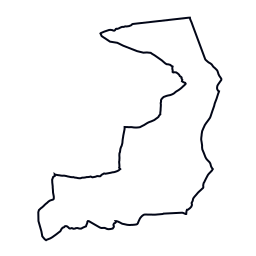 outline of Harf Sufyan, Amran, Yemen, rotated 85°
{"feature_id": "15242507B58979028300057", "entity_name": "Harf Sufyan", "entity_type": "district", "adm_level": 2, "iso_a3": "YEM", "parent_name": "Yemen", "parent_adm1": "Amran", "projection": "natural_earth1", "projection_center": [43.96, 16.372], "detail": "fine", "context": "isolated", "style": "outline", "palette": "ink", "viewbox_px": 256, "rotation_deg": 85, "n_neighbors": 0, "source": "geoboundaries", "source_scale": "gbopen_adm2", "svg_char_len": 5750}
<svg xmlns="http://www.w3.org/2000/svg" viewBox="0 0 256 256"><g transform="rotate(85 128 128)"><path d="M216.4,100.1L217.1,81.4L217.5,80.3L218.7,78.1L218.7,77.5L216.0,77.0L214.6,76.4L214.6,75.4L213.2,73.2L211.9,71.8L210.7,71.2L210.2,71.0L209.5,71.0L208.3,71.2L206.0,69.8L205.4,69.7L204.5,69.4L203.8,69.1L203.1,68.5L202.4,67.9L200.4,65.8L199.7,65.1L198.5,63.9L198.0,63.3L196.9,61.9L196.4,61.2L194.8,59.2L194.2,58.4L193.5,58.1L191.8,58.1L191.0,57.9L190.3,57.7L189.4,57.4L188.8,56.9L188.0,56.4L187.3,56.0L185.0,54.6L181.9,52.6L181.1,51.9L180.5,51.3L179.8,50.5L179.3,49.9L177.6,48.0L177.1,47.7L176.3,47.1L175.1,47.9L173.7,48.5L172.9,48.7L171.0,49.0L170.4,49.2L169.7,49.5L169.3,49.7L168.4,50.4L167.2,51.4L166.3,52.1L165.4,52.7L163.8,53.4L159.3,54.7L156.2,55.7L156.0,55.8L153.8,55.9L151.8,55.7L148.4,55.9L146.1,56.1L144.4,55.9L143.4,55.7L142.1,55.4L140.4,55.1L137.6,54.4L134.4,52.7L133.4,52.1L131.9,51.3L130.0,49.8L127.2,47.3L125.2,45.6L124.4,45.1L122.9,44.4L120.8,43.5L117.8,42.2L117.2,41.9L113.4,40.2L112.1,39.8L111.0,39.4L106.5,37.2L101.7,35.2L100.5,34.6L99.7,34.2L99.4,34.1L99.2,34.6L99.0,34.8L98.5,35.1L97.9,35.4L96.8,35.8L96.3,35.8L95.2,35.7L94.5,35.5L93.8,35.3L93.0,34.8L92.2,34.2L89.1,31.6L88.5,31.0L87.8,30.8L87.4,30.7L87.1,30.8L86.6,31.0L85.9,31.4L85.5,31.6L83.8,32.6L83.5,32.7L82.9,32.9L82.2,33.2L81.1,33.4L80.3,33.6L79.3,33.8L78.2,34.3L77.8,34.6L75.9,36.2L74.5,37.6L74.2,37.8L72.3,38.9L71.8,39.2L71.5,39.6L70.9,40.2L69.9,41.7L69.3,42.4L68.6,43.1L66.9,44.7L66.2,45.1L31.7,54.6L28.3,55.5L26.3,56.2L24.4,56.7L23.5,56.7L23.4,58.1L24.8,114.1L24.9,114.4L25.0,114.8L25.5,115.4L25.8,115.7L25.9,116.0L26.1,116.4L26.3,117.2L26.5,117.8L26.6,118.2L26.6,118.6L26.7,120.1L26.7,120.8L26.5,121.9L26.6,122.3L26.8,123.0L26.9,123.4L26.9,123.7L26.8,124.4L26.8,125.2L26.9,125.6L27.1,126.3L27.6,127.7L27.8,128.0L28.0,128.7L28.2,129.5L28.3,129.8L28.3,130.2L28.1,130.9L28.2,131.3L28.4,131.6L28.7,131.8L28.9,132.0L29.5,132.5L29.6,132.8L29.8,133.1L29.8,133.5L29.7,133.9L29.6,134.3L29.4,134.6L29.2,134.9L29.0,135.6L28.8,136.4L28.7,137.1L28.7,137.9L28.7,138.4L28.8,138.7L29.9,143.2L30.8,145.9L30.9,146.4L31.4,147.2L34.2,146.2L40.4,138.4L42.2,131.2L45.6,125.6L52.2,112.3L54.3,106.1L54.4,102.6L55.1,98.8L56.1,97.7L57.9,95.2L59.9,92.8L62.0,90.3L63.5,88.5L66.0,86.1L66.9,85.2L67.8,84.0L68.1,82.3L68.8,80.4L70.0,79.2L70.6,78.2L71.8,78.6L73.2,78.7L74.0,78.5L74.9,78.5L76.0,78.7L76.6,78.1L76.5,77.0L76.8,75.2L77.5,74.3L78.6,73.1L79.5,72.4L80.9,71.8L81.5,70.9L82.3,70.2L83.3,70.4L84.6,69.7L86.1,70.2L87.2,68.8L88.0,67.1L89.0,66.7L90.3,68.1L91.2,69.4L91.8,70.1L92.8,71.4L93.8,72.9L94.7,74.4L95.4,75.9L96.2,77.4L97.4,79.0L97.9,80.0L98.5,81.6L98.9,83.2L99.0,84.2L99.1,85.2L99.4,86.9L99.9,88.7L100.2,89.8L101.2,91.1L102.3,92.2L103.2,92.7L104.8,92.8L105.8,93.2L106.6,93.3L107.6,93.2L109.1,93.4L111.6,93.8L113.2,94.0L114.7,94.3L116.1,94.6L117.2,94.6L118.2,95.8L119.7,96.8L120.6,98.2L121.4,99.6L122.3,101.0L123.4,104.2L123.8,105.8L124.2,107.1L124.9,108.7L126.5,111.8L127.1,113.4L128.2,116.0L128.3,117.2L128.3,118.9L128.2,120.4L128.0,122.0L127.5,124.1L127.3,125.7L127.3,126.9L127.0,128.6L126.9,129.8L126.7,131.3L128.7,131.5L129.8,131.8L135.3,133.4L136.3,133.6L138.2,134.1L139.0,134.3L140.6,134.6L142.4,134.9L143.9,135.4L144.7,135.7L145.6,136.1L146.3,136.6L148.2,137.4L151.3,138.1L152.4,138.7L154.4,139.0L157.2,139.1L158.4,139.3L159.5,139.4L161.0,139.8L163.7,139.8L165.7,139.9L166.8,140.3L168.2,139.3L169.5,141.2L170.1,142.8L170.4,144.0L170.7,145.2L170.8,146.3L170.8,147.3L171.1,149.1L171.5,153.2L171.5,153.9L171.6,154.3L171.5,154.8L171.2,155.8L171.9,157.4L172.2,158.1L172.6,158.7L173.6,159.7L173.6,160.7L173.2,162.9L173.7,164.6L173.9,166.4L174.0,167.8L173.1,169.4L173.3,170.5L173.4,172.2L173.3,173.5L173.5,174.6L173.6,176.1L173.5,178.2L173.8,179.2L173.9,180.2L173.7,181.4L173.5,182.4L173.1,183.6L172.7,185.5L172.2,186.6L172.2,187.5L171.9,189.3L171.6,190.2L170.9,192.6L170.5,193.6L169.9,195.8L169.8,197.7L169.6,198.8L169.1,200.6L168.9,201.7L168.6,202.8L168.3,203.9L168.0,204.8L167.7,205.1L169.4,205.1L170.2,206.8L173.0,208.1L174.0,208.1L175.7,208.2L179.6,208.1L180.6,208.2L182.1,208.2L183.2,208.2L185.8,208.3L186.8,208.2L189.7,207.9L191.3,208.0L192.2,208.2L192.8,209.0L193.2,211.0L193.5,212.1L194.3,213.6L195.5,215.1L196.4,216.5L197.4,217.8L198.2,218.7L198.9,219.6L199.9,221.0L200.4,221.9L201.0,222.6L202.0,223.9L204.1,224.7L212.9,225.3L223.4,223.3L228.5,222.8L231.5,220.7L232.6,219.4L232.3,218.9L231.2,215.1L230.6,213.8L230.0,212.6L229.5,211.8L228.1,209.4L226.9,207.5L226.1,206.3L225.0,204.5L224.5,204.1L223.0,203.2L222.7,202.9L221.6,201.8L221.5,201.0L221.1,200.1L220.5,199.7L220.3,198.8L220.4,198.0L220.8,197.1L222.0,195.9L222.6,195.5L223.1,194.6L223.0,193.7L222.8,192.8L223.1,192.0L223.6,191.3L223.6,190.4L223.6,189.6L223.2,188.6L223.3,186.8L223.5,186.4L223.9,185.4L224.1,184.1L224.1,183.3L223.4,181.8L222.7,179.8L222.3,178.4L220.8,177.8L220.6,177.7L219.4,177.0L218.3,176.7L217.8,176.6L217.2,176.0L217.4,175.1L217.6,174.8L221.2,169.7L224.6,164.8L225.0,164.0L225.3,163.2L225.4,161.4L225.4,160.5L225.7,159.5L226.1,158.8L226.5,158.0L226.5,157.9L226.8,157.6L227.1,156.2L227.1,154.2L226.9,152.4L226.8,152.0L225.4,150.8L224.5,150.6L223.8,150.9L223.0,150.9L222.3,150.5L221.8,150.1L221.8,149.9L221.5,149.2L220.9,148.4L219.9,148.3L219.7,148.4L219.8,147.6L220.1,146.8L220.5,145.9L221.8,143.7L222.4,142.9L222.8,142.2L223.1,141.4L223.4,140.3L224.3,137.5L224.5,136.6L224.8,134.7L224.8,132.9L224.9,131.9L224.9,129.9L224.8,128.0L224.5,127.2L223.9,126.6L223.2,126.2L222.5,125.9L220.9,125.0L219.4,124.1L218.7,123.6L218.1,123.0L217.5,122.4L216.9,121.7L216.4,120.9L215.9,120.1L215.7,119.2L215.7,118.3L216.0,115.6L216.2,113.7L216.4,111.6L216.6,109.7L216.7,108.8L216.7,107.9L216.7,106.2L216.7,103.2L216.7,102.3L216.7,101.4L216.6,100.5L216.4,100.1Z" fill="none" stroke="#020617" stroke-width="2"/></g></svg>